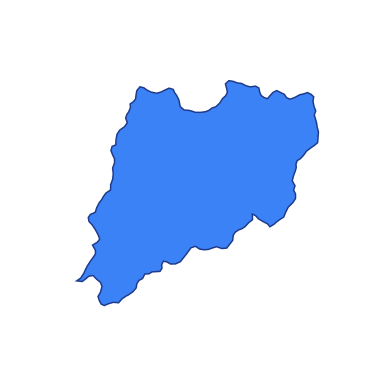 Santa Margarida, Minas Gerais, Brazil, rotated 27°
{"feature_id": "56859067B76164220715303", "entity_name": "Santa Margarida", "entity_type": "district", "adm_level": 2, "iso_a3": "BRA", "parent_name": "Brazil", "parent_adm1": "Minas Gerais", "projection": "orthographic", "projection_center": [-42.268, -20.439], "detail": "fine", "context": "isolated", "style": "filled", "palette": "blue", "viewbox_px": 384, "rotation_deg": 27, "n_neighbors": 0, "source": "geoboundaries", "source_scale": "gbopen_adm2", "svg_char_len": 2468}
<svg xmlns="http://www.w3.org/2000/svg" viewBox="0 0 384 384"><g transform="rotate(27 192 192)"><path d="M176.9,324.0L178.1,319.1L180.2,315.1L182.2,312.3L184.7,307.5L185.8,302.8L184.5,298.7L184.9,294.9L187.2,291.5L187.2,286.5L190.8,284.4L192.7,281.3L195.9,279.4L199.5,277.3L199.9,273.7L198.0,270.5L197.9,266.7L201.2,265.7L205.5,265.9L209.9,263.6L213.2,259.5L214.4,253.8L215.3,249.3L216.4,242.2L219.7,238.8L224.6,239.4L229.0,238.0L232.7,235.7L235.5,232.7L238.7,229.6L244.3,228.8L248.4,226.2L249.5,220.5L250.2,216.5L248.4,212.0L248.7,208.4L250.7,204.7L253.2,202.0L255.0,198.7L256.4,193.7L258.5,189.2L255.8,184.3L259.3,184.2L263.3,185.7L268.7,186.1L273.8,186.1L277.2,187.6L279.7,183.5L281.0,180.2L282.7,176.7L285.1,172.7L284.7,168.5L284.6,161.9L286.7,155.6L287.2,150.8L285.1,146.7L281.6,144.1L281.0,139.7L276.3,136.6L275.1,131.7L274.5,126.5L273.8,122.9L272.0,120.0L271.5,116.4L273.5,112.9L274.7,108.8L275.5,103.6L278.0,98.4L279.9,95.0L281.5,91.0L279.4,85.9L277.4,81.1L273.7,76.9L271.5,73.7L268.6,70.6L266.0,67.9L265.4,63.5L261.9,60.4L258.5,56.1L257.2,51.9L253.6,50.9L249.7,51.0L247.0,53.8L243.8,56.5L240.9,60.8L237.3,64.8L233.4,65.0L230.0,63.1L225.7,63.1L221.4,63.2L218.9,66.6L217.8,70.7L216.9,74.6L213.2,75.1L209.8,74.6L207.0,72.3L204.4,69.0L200.6,68.8L196.2,71.9L191.7,72.8L186.7,72.8L183.1,74.2L178.1,74.8L174.3,76.1L172.7,80.5L176.1,84.3L178.3,87.3L178.3,91.0L176.8,94.8L176.3,100.3L174.5,105.3L171.6,108.2L170.0,111.6L167.4,114.5L163.7,117.0L158.8,119.5L154.6,120.1L151.2,121.0L148.0,122.5L142.8,121.3L138.6,116.0L134.4,112.9L131.4,111.4L128.7,109.1L124.4,109.9L121.3,113.9L119.0,117.0L115.8,120.0L110.0,121.6L105.4,121.6L101.9,121.0L97.9,121.9L96.8,126.7L98.0,130.7L99.5,134.6L98.8,138.2L96.9,141.6L98.8,144.7L99.2,149.0L98.8,152.9L99.4,156.3L102.9,159.7L102.2,164.6L99.5,169.6L99.0,174.7L100.6,180.0L102.7,184.7L100.1,187.5L100.9,191.8L104.7,195.2L107.8,197.5L109.7,201.0L110.4,206.7L113.5,211.4L115.5,216.5L116.2,222.4L118.5,227.1L115.8,232.0L115.1,236.3L115.0,239.9L114.2,243.6L114.2,249.1L115.0,254.0L111.6,258.2L111.2,261.9L113.7,265.1L118.0,266.6L122.8,269.3L127.7,272.7L131.1,275.8L130.5,279.6L127.5,284.5L132.3,287.7L134.1,290.9L133.7,294.5L132.9,299.6L132.3,305.6L132.3,309.2L132.5,313.4L131.9,319.3L129.6,323.5L134.8,321.6L136.9,317.3L138.2,314.0L141.8,311.3L146.6,313.0L151.3,314.0L154.7,317.0L155.9,322.6L155.7,327.8L158.9,331.0L162.0,333.1L165.4,333.0L168.3,329.5L172.0,326.0L176.9,324.0Z" fill="#3b82f6" stroke="#1e3a8a" stroke-width="1.5"/></g></svg>